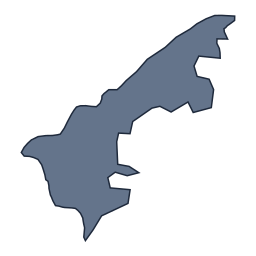 Akkurgan, Tashkent, Uzbekistan
{"feature_id": "79887680B10165721529704", "entity_name": "Akkurgan", "entity_type": "district", "adm_level": 2, "iso_a3": "UZB", "parent_name": "Uzbekistan", "parent_adm1": "Tashkent", "projection": "albers", "projection_center": [69.03, 40.803], "detail": "fine", "context": "isolated", "style": "filled", "palette": "slate", "viewbox_px": 256, "rotation_deg": 0, "n_neighbors": 0, "source": "geoboundaries", "source_scale": "gbopen_adm2", "svg_char_len": 1341}
<svg xmlns="http://www.w3.org/2000/svg" viewBox="0 0 256 256"><path d="M176.2,37.2L165.3,47.3L147.3,59.3L136.5,71.7L126.3,80.5L121.4,85.8L117.1,89.7L108.8,89.7L104.0,93.6L102.0,95.9L101.8,99.1L100.2,103.2L96.4,106.7L91.3,106.4L85.8,105.7L80.3,105.8L76.5,107.0L74.1,110.1L71.5,114.2L67.4,121.9L64.3,128.2L60.3,134.1L57.5,134.8L52.4,135.5L46.0,135.6L38.1,136.6L31.4,139.9L27.6,143.4L24.1,147.4L21.3,152.5L24.2,156.1L29.6,156.4L33.6,157.5L38.0,159.4L41.7,164.8L43.0,168.6L44.9,174.8L45.8,179.7L48.0,181.3L48.9,185.7L49.0,188.5L50.4,195.0L51.4,197.0L52.9,200.8L55.5,205.6L58.9,206.1L62.3,207.1L64.6,207.5L71.7,207.9L75.4,208.4L77.8,210.3L80.5,213.3L82.8,218.0L83.0,219.8L83.7,223.9L84.4,226.8L84.6,227.9L83.8,237.1L85.4,240.6L93.1,229.8L101.6,215.8L128.0,203.4L130.1,189.7L110.2,187.9L107.8,177.6L115.2,172.2L127.2,175.7L138.8,172.7L129.1,166.4L117.7,164.3L116.7,141.7L118.6,133.1L130.0,133.7L132.7,121.5L152.0,108.1L159.9,106.3L171.1,112.0L188.0,102.0L193.2,112.5L211.3,107.6L213.6,89.6L209.1,79.2L197.1,76.4L194.0,66.0L198.8,56.1L220.2,58.2L220.0,52.6L219.3,48.4L217.2,44.1L216.8,43.1L216.9,41.3L217.0,38.9L226.2,39.0L227.6,39.1L224.3,31.9L224.0,28.6L225.5,27.8L227.4,25.6L228.8,24.7L231.2,23.0L234.6,20.4L234.7,16.1L221.6,15.4L214.7,15.5L206.3,18.7L196.9,23.8L190.4,28.9L176.2,37.2Z" fill="#64748b" stroke="#1e293b" stroke-width="1.5"/></svg>